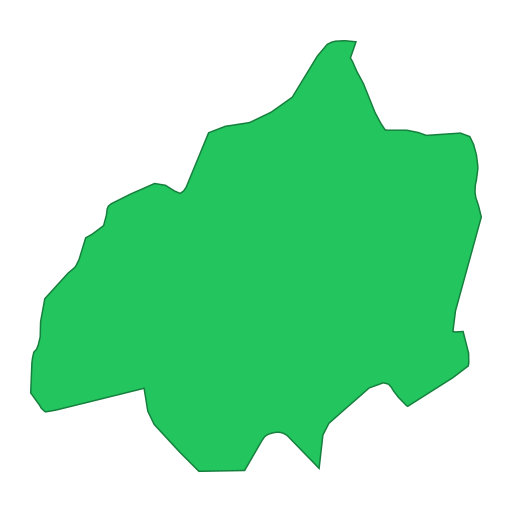 SVG path tracing the border of Jalapa
{"feature_id": "GTM-1961", "entity_name": "Jalapa", "entity_type": "Department", "adm_level": 1, "iso_a3": "GTM", "parent_name": "Guatemala", "parent_adm1": "", "projection": "equal_earth", "projection_center": [-89.954, 14.656], "detail": "fine", "context": "isolated", "style": "filled", "palette": "green", "viewbox_px": 512, "rotation_deg": 0, "n_neighbors": 0, "source": "natural_earth", "source_scale": "10m", "svg_char_len": 1382}
<svg xmlns="http://www.w3.org/2000/svg" viewBox="0 0 512 512"><path d="M30.7,392.9L31.9,362.9L32.5,358.1L33.8,352.2L36.6,349.2L38.3,344.8L40.2,336.9L40.6,321.7L44.8,298.7L68.2,273.0L74.4,267.8L75.7,266.3L79.1,259.4L85.7,237.8L87.0,237.1L92.0,234.3L103.6,225.6L106.4,215.2L107.2,208.9L108.4,206.1L111.3,203.7L130.3,194.2L154.6,183.5L165.5,185.3L174.3,190.9L180.1,193.4L183.4,191.2L186.1,187.4L208.6,132.8L225.3,126.3L249.5,122.6L271.3,112.1L292.3,97.2L317.4,56.0L327.2,44.4L331.3,42.3L335.4,41.2L344.7,40.7L356.0,41.8L350.4,58.0L352.5,61.5L356.8,71.4L363.5,83.8L375.0,112.5L380.9,123.5L385.1,129.8L387.4,130.2L406.7,130.2L418.2,132.5L426.4,135.4L460.5,133.1L469.8,136.6L473.6,144.5L476.4,154.8L477.8,166.0L477.8,169.1L476.3,180.8L475.6,183.6L475.2,186.4L475.0,192.2L475.8,197.6L478.5,205.7L481.3,217.0L455.5,310.8L452.9,331.5L455.4,332.0L463.1,331.5L468.6,353.2L468.8,362.7L468.3,365.9L452.7,377.8L407.7,406.3L406.3,405.4L398.3,397.2L393.5,390.9L391.2,387.1L388.4,384.1L383.3,382.8L369.2,387.9L357.4,398.3L343.6,410.3L328.9,423.3L322.9,435.0L319.1,468.4L287.0,435.3L284.8,434.0L282.8,433.1L280.7,432.5L277.8,432.2L274.5,432.5L269.5,433.8L266.8,435.1L264.7,436.6L261.8,440.8L244.6,470.5L198.9,471.3L179.9,452.3L154.2,424.5L147.8,411.2L144.1,388.3L64.8,407.9L55.5,410.2L45.5,411.9L44.0,410.8L41.2,408.1L39.7,405.4L30.7,392.9Z" fill="#22c55e" stroke="#15803d" stroke-width="1.5"/></svg>